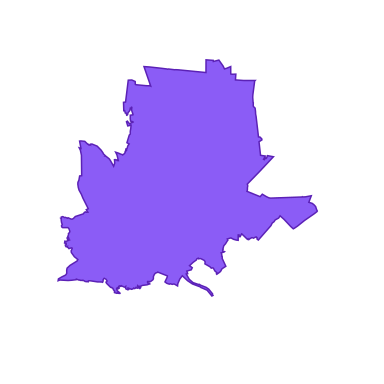 outline of Tulcea, Tulcea, Romania, rotated 202°
{"feature_id": "2599482B25172560507796", "entity_name": "Tulcea", "entity_type": "district", "adm_level": 2, "iso_a3": "ROU", "parent_name": "Romania", "parent_adm1": "Tulcea", "projection": "robinson", "projection_center": [28.818, 45.151], "detail": "fine", "context": "isolated", "style": "filled", "palette": "violet", "viewbox_px": 384, "rotation_deg": 202, "n_neighbors": 0, "source": "geoboundaries", "source_scale": "gbopen_adm2", "svg_char_len": 5977}
<svg xmlns="http://www.w3.org/2000/svg" viewBox="0 0 384 384"><g transform="rotate(202 192 192)"><path d="M170.7,106.8L169.6,110.7L162.9,108.1L157.2,106.9L148.8,107.1L147.7,106.7L146.8,106.8L141.2,106.6L134.6,103.0L133.8,104.0L134.7,104.6L134.8,105.3L140.1,108.2L143.2,108.9L150.3,108.8L150.3,109.1L150.9,109.1L151.3,108.7L157.1,108.4L161.8,110.0L166.6,113.8L165.4,114.7L167.2,116.7L163.5,119.6L163.4,121.9L166.7,122.8L164.6,127.2L162.5,130.6L162.4,132.0L161.4,133.0L160.8,132.5L159.6,133.3L158.7,133.5L155.2,133.2L154.0,132.5L153.6,132.0L153.1,130.2L147.3,129.4L145.6,128.6L144.7,129.3L143.7,129.4L141.1,127.3L138.2,126.3L138.7,125.3L138.2,125.0L136.2,128.1L135.6,129.8L135.6,131.1L135.3,132.2L132.8,135.8L139.1,141.7L139.7,143.3L140.5,143.7L140.4,144.1L140.7,144.7L142.2,146.7L141.1,147.2L139.6,148.6L139.5,148.9L141.3,148.6L141.6,149.2L141.8,150.3L141.1,150.6L142.0,150.6L142.4,154.1L141.5,156.6L141.0,159.7L140.7,160.7L141.7,161.7L138.7,164.0L135.8,163.7L133.0,164.0L131.1,164.5L133.1,169.5L132.5,169.8L132.2,168.6L131.8,168.3L131.1,168.4L131.2,168.8L131.1,169.0L130.6,168.9L130.3,171.8L130.1,171.8L123.0,168.9L122.9,169.3L122.5,169.3L122.4,169.6L121.5,169.1L120.7,170.7L120.3,170.9L119.6,172.0L118.8,172.3L117.7,172.2L116.3,173.9L115.4,174.4L115.0,174.2L114.9,173.9L114.4,173.8L114.0,172.7L112.5,172.3L106.2,190.4L106.0,193.2L104.8,195.2L104.4,197.3L101.9,200.3L101.4,202.9L96.4,201.1L87.3,196.9L84.3,195.8L83.4,196.9L81.4,199.9L76.9,207.9L70.4,217.8L68.8,220.6L68.7,221.3L70.0,222.5L71.9,224.8L74.2,225.9L76.3,226.5L79.8,226.2L80.0,233.2L85.2,229.9L87.7,228.8L88.0,228.9L88.1,228.6L117.0,215.7L118.7,215.4L121.5,215.6L126.0,216.3L127.1,213.2L141.3,213.2L141.4,214.6L142.3,217.0L142.5,218.2L142.9,219.1L143.7,220.0L137.2,235.9L129.7,255.2L135.6,254.0L135.6,251.4L135.8,251.0L136.6,251.2L137.0,249.1L137.9,249.1L137.5,252.8L142.2,251.7L148.7,263.7L146.7,266.5L147.2,267.4L149.5,268.4L151.0,268.0L160.9,286.1L162.2,288.1L163.3,290.5L164.9,293.4L167.1,294.3L167.6,295.1L168.6,297.7L168.8,297.7L171.2,302.6L172.0,305.0L175.5,318.5L175.3,319.0L185.7,314.8L193.7,312.2L195.5,317.7L198.7,316.3L200.0,315.9L200.3,316.0L203.1,322.8L206.2,319.7L208.0,318.3L210.3,320.4L216.5,324.4L221.1,321.0L221.6,322.0L228.5,319.8L223.8,308.0L250.3,300.2L253.0,299.3L253.7,298.9L260.0,297.2L260.8,296.6L261.2,296.7L266.2,295.4L278.3,292.0L283.5,290.3L270.1,274.9L270.3,274.9L270.1,274.7L270.8,274.7L274.3,273.4L284.1,270.5L284.8,270.5L286.1,273.2L289.8,273.3L293.0,271.8L287.3,250.5L289.1,249.5L285.7,241.8L284.9,242.2L283.4,240.2L282.6,240.5L281.3,238.7L281.1,238.7L280.7,239.8L281.0,241.5L280.4,243.4L280.2,244.6L280.6,246.7L279.6,246.9L279.8,247.9L279.5,247.9L278.7,245.3L275.8,241.9L275.7,241.4L278.0,240.1L276.8,237.0L275.5,234.7L273.3,235.0L272.8,234.8L273.0,234.4L274.5,233.2L274.7,232.4L275.0,231.9L275.5,231.9L278.5,233.5L279.1,232.6L276.3,229.2L273.5,231.1L272.5,227.7L272.0,225.2L271.0,222.8L271.0,222.3L271.5,221.3L270.8,213.3L268.3,213.0L268.8,210.7L268.5,207.8L269.4,207.2L269.2,206.3L268.5,206.5L268.3,206.1L269.1,204.9L269.1,204.3L268.8,204.3L268.9,202.8L269.6,201.2L270.2,200.4L270.5,200.6L272.1,200.4L274.6,200.5L277.7,200.3L275.5,198.3L272.0,193.5L272.4,193.3L272.7,193.6L273.3,193.3L273.6,193.7L275.0,193.1L275.4,193.3L276.0,192.9L274.5,189.9L274.3,186.5L279.7,190.8L281.3,191.8L285.1,192.9L285.9,192.8L285.7,193.1L288.5,194.2L289.1,194.9L292.0,196.8L297.1,199.0L302.7,199.0L304.1,198.3L303.8,197.7L304.2,197.8L304.9,196.9L306.5,197.5L306.7,197.3L310.4,198.8L314.2,197.7L315.3,197.1L311.3,190.8L313.1,190.7L311.2,189.0L308.3,184.7L300.4,165.8L302.2,164.8L301.3,160.6L301.4,158.3L300.8,156.5L299.2,153.7L297.4,151.4L293.6,148.3L290.9,145.5L281.9,137.6L283.4,136.0L281.0,134.3L282.6,133.5L283.2,133.7L284.1,132.9L284.6,131.0L291.0,125.6L292.1,122.9L293.1,121.8L294.5,121.6L297.3,121.7L297.6,121.0L299.8,121.1L300.5,120.6L302.6,120.8L303.8,119.8L303.4,118.7L303.7,118.5L303.2,118.3L303.0,117.4L301.7,115.1L300.1,113.2L300.4,111.9L299.7,110.8L298.5,110.5L293.7,112.5L292.5,112.0L290.6,109.9L290.4,109.3L290.5,108.3L291.0,107.2L290.5,106.1L290.5,104.5L289.4,103.4L290.5,103.4L290.6,102.5L289.4,101.2L289.0,101.2L289.2,101.7L289.0,101.9L287.7,101.6L290.1,99.2L291.5,98.7L291.1,97.9L291.1,97.0L290.5,96.9L289.5,97.4L288.9,96.1L289.6,95.5L289.2,94.7L288.3,94.1L287.2,94.9L287.2,94.2L286.0,94.0L284.9,93.4L283.0,95.0L282.2,95.1L281.9,94.7L282.0,92.1L281.2,90.7L276.8,87.9L272.6,86.7L272.8,86.1L272.6,85.9L272.7,85.0L277.6,78.3L279.3,74.6L278.9,72.5L277.7,69.7L277.9,68.2L278.3,67.4L281.0,64.4L283.3,61.4L282.9,59.6L281.5,60.9L273.8,63.5L270.7,65.0L266.5,67.3L266.6,67.9L263.6,68.0L263.1,68.4L262.1,68.3L261.4,68.7L260.6,68.8L260.1,69.4L259.6,69.2L258.7,69.3L257.7,69.0L256.2,69.3L255.7,69.9L254.7,69.7L254.4,71.1L253.3,71.5L246.1,73.2L242.1,74.7L241.2,74.7L241.0,75.1L241.1,76.2L241.5,77.3L241.4,78.3L241.1,79.1L239.0,78.9L237.6,77.9L237.4,77.7L237.5,76.9L238.0,76.2L237.0,75.3L231.7,73.1L230.7,73.4L230.3,73.1L229.3,73.1L228.2,71.9L226.5,71.1L226.5,70.2L226.2,69.7L223.9,69.9L223.4,70.6L222.9,70.3L220.9,70.9L220.8,71.2L221.4,71.5L223.3,72.2L224.1,72.2L225.4,73.7L224.7,74.3L225.6,74.7L225.4,75.3L224.6,75.6L223.8,75.0L223.5,75.4L224.0,76.5L224.6,76.6L224.6,77.1L224.3,77.5L223.9,77.9L222.9,77.8L222.8,78.5L222.4,78.7L221.6,78.3L221.0,78.6L219.1,78.4L218.6,78.7L218.1,79.6L217.4,77.7L217.1,77.4L214.9,77.3L214.2,77.8L214.0,78.3L214.4,78.6L215.3,78.6L215.4,79.1L211.7,79.1L210.5,80.0L210.0,81.1L209.1,80.9L208.6,81.3L208.2,82.6L206.9,82.2L206.5,82.4L205.7,83.5L205.8,83.8L207.1,84.1L207.3,84.8L206.2,84.4L205.1,85.0L204.7,84.2L205.1,83.6L205.0,83.0L204.2,82.9L203.8,84.0L204.1,85.6L203.9,85.9L203.0,86.8L198.9,89.1L196.7,91.0L197.1,91.4L199.0,91.1L199.6,91.9L199.6,92.4L196.9,93.4L195.4,95.9L195.3,97.1L196.1,99.1L196.1,99.8L196.0,101.6L195.5,103.1L194.1,104.3L193.8,104.9L183.4,105.0L183.1,103.7L183.4,98.5L181.2,97.9L179.0,98.0L178.2,98.2L177.8,98.8L175.6,99.0L174.8,99.7L173.7,100.0L170.2,99.5L170.8,101.6L170.7,106.8Z" fill="#8b5cf6" stroke="#5b21b6" stroke-width="1.5"/></g></svg>